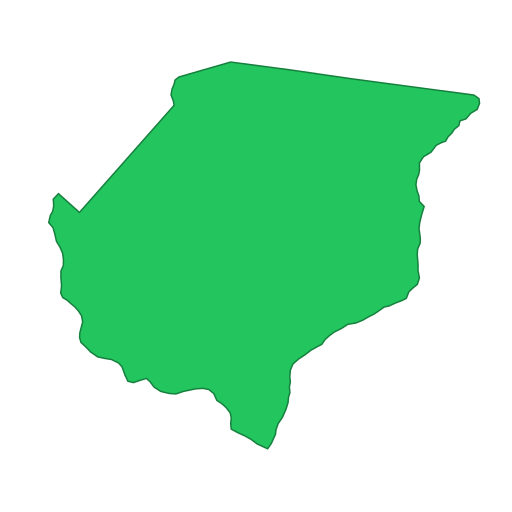 outline of Canápolis, Bahia, Brazil, rotated 275°
{"feature_id": "56859067B78655740096110", "entity_name": "Canápolis", "entity_type": "district", "adm_level": 2, "iso_a3": "BRA", "parent_name": "Brazil", "parent_adm1": "Bahia", "projection": "orthographic", "projection_center": [-44.237, -13.1], "detail": "fine", "context": "isolated", "style": "filled", "palette": "green", "viewbox_px": 512, "rotation_deg": 275, "n_neighbors": 0, "source": "geoboundaries", "source_scale": "gbopen_adm2", "svg_char_len": 1959}
<svg xmlns="http://www.w3.org/2000/svg" viewBox="0 0 512 512"><g transform="rotate(275 256 256)"><path d="M65.0,284.4L70.6,287.6L75.7,289.4L79.9,290.9L84.8,291.1L91.0,292.7L97.6,296.4L106.2,299.3L112.8,300.7L118.2,300.7L122.7,301.7L128.6,300.7L133.5,301.2L138.6,300.2L145.4,300.2L151.6,302.2L157.2,307.5L161.9,313.5L166.9,318.9L171.0,324.9L173.7,329.2L178.9,332.2L183.3,336.3L187.0,340.5L191.6,347.9L195.9,353.4L198.0,361.4L201.4,368.0L204.8,372.8L208.6,378.9L212.3,383.4L216.4,388.2L217.7,392.7L221.3,399.0L224.4,405.4L226.9,409.4L233.6,411.4L237.4,414.7L241.8,419.2L248.4,420.7L255.4,418.7L261.4,418.2L266.3,417.4L271.2,416.5L277.1,416.4L282.9,418.4L287.6,418.2L292.3,417.2L297.4,416.0L303.4,416.2L311.4,417.4L320.0,419.2L324.7,413.9L329.9,413.1L335.2,410.7L341.0,409.1L346.6,409.4L351.0,410.9L355.6,411.4L363.0,410.7L369.4,414.1L374.7,421.3L382.1,426.0L384.8,430.3L387.0,434.9L391.4,436.9L395.6,440.4L399.6,442.6L403.5,446.7L408.4,447.4L410.9,453.2L417.0,457.6L421.4,463.6L427.6,465.4L432.2,464.4L435.3,459.1L440.9,335.4L444.3,275.5L447.0,213.8L431.7,174.1L429.6,168.8L427.6,163.6L424.3,160.1L419.5,159.3L414.9,157.8L409.0,157.3L403.6,160.0L399.1,161.3L394.5,158.0L284.0,76.3L300.9,53.8L295.0,49.1L288.4,50.1L282.8,49.6L278.5,47.6L271.2,46.6L266.6,51.3L260.6,53.6L253.3,55.9L247.8,59.9L241.7,63.2L235.6,64.5L229.7,64.9L224.1,63.0L217.7,63.5L209.3,64.9L202.0,64.7L197.7,67.2L195.5,71.7L192.3,76.0L189.6,79.9L185.8,83.9L181.3,87.4L175.2,89.1L169.5,88.1L164.0,87.2L159.2,87.4L154.6,89.2L150.6,94.4L145.9,99.7L141.7,107.1L140.8,114.2L140.3,121.1L137.4,128.5L133.9,132.2L126.1,135.8L120.1,139.3L119.2,144.9L122.3,152.0L124.5,157.5L121.6,161.3L116.5,165.9L112.8,172.9L111.5,181.5L111.6,188.3L114.8,195.5L118.4,207.4L119.5,214.7L118.9,220.6L115.3,225.9L108.7,229.6L105.9,234.9L102.3,239.6L97.4,244.0L92.4,245.5L86.8,245.4L81.3,246.5L78.4,253.3L75.8,260.6L73.1,266.7L68.9,273.5L66.6,279.8L65.0,284.4Z" fill="#22c55e" stroke="#15803d" stroke-width="1.5"/></g></svg>